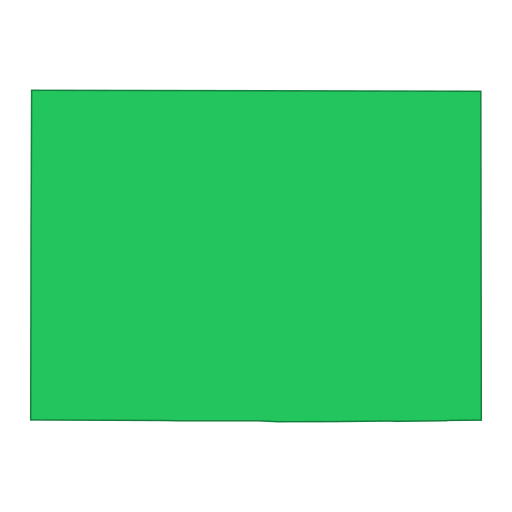 the district of Uinta, Wyoming, United States of America
{"feature_id": "52423323B13546704398274", "entity_name": "Uinta", "entity_type": "district", "adm_level": 2, "iso_a3": "USA", "parent_name": "United States of America", "parent_adm1": "Wyoming", "projection": "natural_earth1", "projection_center": [-110.653, 41.287], "detail": "fine", "context": "isolated", "style": "filled", "palette": "green", "viewbox_px": 512, "rotation_deg": 0, "n_neighbors": 0, "source": "geoboundaries", "source_scale": "gbopen_adm2", "svg_char_len": 371}
<svg xmlns="http://www.w3.org/2000/svg" viewBox="0 0 512 512"><path d="M31.0,276.2L30.7,419.9L164.3,420.5L180.4,420.8L259.5,420.8L277.2,421.7L333.6,421.6L390.0,421.0L395.8,421.3L446.4,420.7L448.3,420.4L481.3,420.1L480.8,91.3L241.5,90.7L31.6,90.3L31.6,98.4L31.2,204.7L31.1,214.4L31.0,256.8L31.0,276.1L31.0,276.2Z" fill="#22c55e" stroke="#15803d" stroke-width="1.5"/></svg>